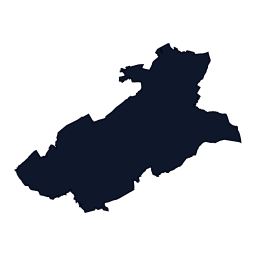 Sanduleni, Bacau, Romania
{"feature_id": "2599482B49550727652052", "entity_name": "Sanduleni", "entity_type": "district", "adm_level": 2, "iso_a3": "ROU", "parent_name": "Romania", "parent_adm1": "Bacau", "projection": "mercator", "projection_center": [26.744, 46.458], "detail": "fine", "context": "isolated", "style": "filled", "palette": "ink", "viewbox_px": 256, "rotation_deg": 0, "n_neighbors": 0, "source": "geoboundaries", "source_scale": "gbopen_adm2", "svg_char_len": 5767}
<svg xmlns="http://www.w3.org/2000/svg" viewBox="0 0 256 256"><path d="M50.5,198.4L53.1,199.0L53.4,198.9L54.2,197.6L56.7,196.7L57.6,195.9L58.0,196.1L58.2,197.0L58.3,197.0L58.9,196.8L59.1,196.3L59.7,196.1L59.7,195.9L60.4,195.7L60.8,195.1L62.2,195.1L63.1,194.5L65.2,194.1L65.7,194.4L65.8,192.9L68.7,191.7L69.9,190.0L70.5,189.6L70.7,190.8L73.2,193.4L74.2,193.6L74.8,194.2L74.4,194.7L74.7,195.4L75.1,195.8L75.1,197.0L74.3,198.3L74.2,198.9L76.0,199.5L76.4,202.1L77.2,201.4L78.3,201.7L78.8,202.3L79.3,204.1L79.9,204.3L80.2,203.9L80.4,203.9L81.3,204.6L80.5,205.4L80.0,205.5L79.7,205.9L79.7,206.2L79.8,206.5L80.3,206.6L80.9,206.3L82.7,208.5L83.1,208.7L84.3,209.7L85.2,212.1L94.4,209.7L95.4,207.6L96.0,207.7L97.5,209.0L98.0,209.1L98.0,208.8L98.2,208.7L99.4,208.8L102.4,207.6L103.6,209.6L107.9,210.5L107.8,209.3L107.3,208.1L105.2,207.1L104.4,206.0L104.1,204.9L104.1,202.4L107.9,201.7L113.2,199.7L116.4,199.0L119.2,197.7L128.9,192.1L128.8,191.8L130.7,191.2L133.7,189.3L133.4,188.4L133.7,187.2L133.1,180.9L133.3,180.1L133.8,180.0L136.1,180.5L136.6,180.7L137.0,181.6L137.4,181.9L138.2,181.9L138.8,181.1L138.9,180.3L138.0,177.7L139.4,176.3L140.5,176.0L140.3,175.4L142.6,172.4L144.9,170.5L144.5,170.2L144.7,169.8L146.5,168.5L150.9,166.4L151.9,168.3L151.8,170.0L153.2,174.1L157.1,175.7L157.1,176.1L158.1,176.1L157.8,175.4L158.4,174.8L159.7,174.2L159.4,173.8L163.2,171.5L164.0,171.6L163.9,171.9L165.7,171.0L166.5,171.5L166.5,172.1L168.2,172.3L169.9,170.5L171.9,169.9L174.3,168.8L175.5,167.6L176.3,167.4L178.1,166.2L179.9,165.9L181.8,164.1L182.3,163.1L186.1,158.0L187.6,157.6L188.7,156.8L189.6,157.1L190.7,156.0L191.3,156.3L191.8,156.1L192.4,155.0L192.9,154.7L195.3,154.7L196.3,151.7L196.5,150.3L197.8,148.1L198.5,146.1L199.5,145.5L202.3,142.5L204.0,141.6L205.7,141.1L210.8,142.2L214.0,142.1L214.9,142.5L220.3,139.9L221.1,139.9L224.1,139.0L236.7,141.0L239.9,141.6L240.6,142.0L240.3,139.4L239.4,135.3L238.5,132.4L237.4,130.5L237.1,129.5L237.3,128.1L237.0,126.8L236.5,126.5L235.2,126.8L234.6,126.4L233.9,126.6L233.5,126.1L232.5,126.1L232.1,125.5L230.0,124.3L229.8,123.7L229.3,123.5L228.5,122.1L227.0,117.0L226.4,115.8L226.0,115.3L226.1,114.8L225.8,114.5L224.7,114.2L223.6,114.3L223.0,114.6L222.3,114.4L221.9,114.6L221.4,114.1L219.7,113.9L217.1,112.4L215.8,112.6L215.6,112.2L215.2,112.4L214.8,112.1L212.0,111.9L211.6,112.4L210.8,112.4L210.1,112.0L207.3,112.9L206.4,112.1L205.2,111.9L204.7,111.1L203.7,110.4L202.4,110.1L201.7,110.4L201.0,110.4L200.6,109.5L199.4,109.6L198.8,109.3L198.6,108.9L198.0,108.8L197.3,107.6L196.8,107.2L194.1,106.7L194.1,105.8L193.7,105.2L194.0,105.1L194.8,105.5L195.3,105.0L194.9,104.5L195.4,104.3L195.2,103.5L195.7,103.2L195.9,102.7L196.4,102.2L197.1,102.1L197.3,101.7L196.8,100.5L197.8,99.7L197.9,99.4L197.5,98.7L198.3,98.6L198.6,98.9L198.8,98.6L198.5,98.3L198.4,97.6L199.0,97.5L199.3,97.0L199.8,96.4L196.2,93.4L199.7,87.5L196.2,85.3L197.7,82.8L199.4,81.4L200.0,80.1L200.8,79.4L202.3,78.7L202.7,78.1L203.5,75.4L205.7,71.8L206.2,69.7L207.2,67.7L207.4,65.4L209.1,62.5L209.9,60.8L210.0,60.3L208.2,54.4L207.9,52.6L205.9,53.4L202.6,54.2L200.8,54.1L196.5,54.6L193.9,54.5L194.2,54.2L194.2,53.5L193.8,52.7L187.6,51.1L186.8,51.3L186.5,52.3L186.1,52.5L184.5,52.6L184.4,52.1L183.1,52.1L183.0,52.7L181.8,53.1L179.3,51.6L177.9,51.1L177.4,50.0L176.6,49.4L176.8,48.9L174.9,47.9L174.5,47.8L174.8,49.1L174.4,49.7L173.8,50.3L172.4,49.7L171.2,48.4L170.5,48.2L169.3,45.7L168.9,44.0L168.2,43.9L160.1,48.2L161.1,48.9L161.5,49.8L161.6,50.7L161.3,51.7L162.0,52.4L161.8,52.5L161.2,51.7L161.4,51.2L161.3,49.8L160.6,48.6L160.0,48.3L157.7,49.6L155.9,52.7L158.2,54.3L158.0,55.1L159.1,55.8L159.0,56.5L158.3,57.8L154.2,61.2L153.0,62.7L152.7,64.3L151.7,66.7L150.8,68.3L149.8,70.5L145.2,69.6L141.3,68.4L142.9,64.8L138.7,65.1L130.1,67.4L129.4,66.5L127.6,67.2L126.9,67.1L126.3,67.5L126.8,67.9L126.9,68.3L126.5,69.2L124.4,70.0L123.9,69.4L123.5,69.5L123.0,69.3L123.1,69.6L122.7,69.8L122.1,68.7L121.5,68.7L121.2,69.0L121.7,69.3L122.1,70.5L122.6,70.3L122.7,70.6L120.5,71.0L120.5,71.6L122.1,71.4L123.0,71.6L125.1,74.1L125.2,75.8L124.8,76.4L119.7,77.5L119.8,78.3L119.6,80.8L122.2,81.2L122.1,81.9L122.3,82.0L122.6,81.4L123.4,81.3L124.1,80.2L125.5,79.7L126.1,79.7L126.6,78.9L127.6,78.7L128.0,77.8L128.9,77.8L128.8,78.0L129.2,78.1L129.3,77.6L129.6,77.7L129.9,78.6L130.4,78.0L131.0,77.9L131.5,78.4L131.8,78.9L132.2,80.9L132.7,81.1L132.6,81.6L132.8,81.7L140.0,81.4L140.1,81.8L140.4,81.8L141.2,81.3L141.5,81.5L142.1,87.3L141.9,88.6L140.6,90.7L138.7,91.7L138.0,93.0L136.8,93.6L136.2,95.9L131.6,97.2L130.6,96.6L129.7,97.4L129.1,97.6L128.9,97.8L128.8,98.5L128.3,99.0L125.6,100.4L123.6,102.4L116.3,107.9L112.2,112.1L106.2,116.6L105.9,118.3L104.2,119.1L98.3,120.7L95.4,122.1L95.3,121.9L93.7,122.8L92.9,121.4L92.5,121.6L88.5,114.6L82.9,117.7L82.1,117.4L77.9,120.3L66.8,125.8L58.3,132.9L58.0,135.1L57.2,137.5L57.3,138.3L58.0,140.4L56.3,141.5L56.0,142.4L56.1,144.0L55.8,145.4L57.1,146.0L56.1,148.5L55.0,147.3L52.9,145.7L51.6,145.2L51.0,145.4L49.4,148.0L49.9,148.2L50.3,148.7L50.1,149.4L49.3,149.9L47.0,153.2L46.8,153.8L47.1,154.1L46.8,154.4L46.5,154.2L46.2,154.9L45.9,154.7L46.8,156.0L46.7,156.0L46.6,156.3L45.6,156.3L44.0,157.0L43.8,157.4L43.7,157.0L43.2,157.4L43.0,156.8L42.3,157.3L41.2,157.5L41.2,157.9L40.4,157.8L36.1,150.8L34.4,151.7L33.2,152.8L32.7,153.6L31.7,154.2L31.4,154.8L29.0,157.1L28.4,158.3L25.9,160.5L26.2,160.8L26.0,161.0L24.5,161.7L24.0,162.4L22.5,163.3L21.6,164.5L20.2,165.4L20.2,165.6L18.9,166.1L18.3,167.3L18.2,168.5L17.6,168.4L17.8,168.9L17.7,169.0L17.5,168.9L16.8,169.6L15.4,170.1L16.8,171.6L17.7,174.4L19.7,177.7L20.6,178.8L21.5,179.5L23.0,182.2L25.4,185.2L27.3,185.3L28.4,185.1L28.9,185.8L30.4,188.5L30.8,188.9L32.0,189.5L37.7,190.4L38.9,191.2L40.1,193.5L40.2,194.3L40.8,194.6L41.9,195.0L42.6,194.9L47.7,196.4L49.2,196.2L50.5,198.4Z" fill="#0f172a" stroke="#020617" stroke-width="1.5"/></svg>